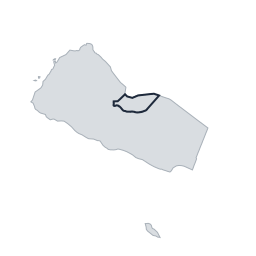 location of Zamakh wa Manwokh, Hadramawt, Yemen, rotated 46°
{"feature_id": "15242507B25520584620075", "entity_name": "Zamakh wa Manwokh", "entity_type": "district", "adm_level": 2, "iso_a3": "YEM", "parent_name": "Yemen", "parent_adm1": "Hadramawt", "projection": "albers", "projection_center": [47.768, 17.17], "detail": "fine", "context": "in_parent", "style": "outline", "palette": "slate", "viewbox_px": 256, "rotation_deg": 46, "n_neighbors": 0, "source": "geoboundaries", "source_scale": "gbopen_adm2", "svg_char_len": 5952}
<svg xmlns="http://www.w3.org/2000/svg" viewBox="0 0 256 256"><g transform="rotate(46 128 128)"><path d="M202.9,110.8L194.6,114.1L192.4,115.5L190.4,117.3L188.9,119.4L188.0,123.2L188.9,126.6L188.8,128.4L186.7,129.6L184.7,130.6L182.4,131.9L181.1,132.3L180.0,133.4L178.7,134.1L174.0,136.1L168.9,137.7L160.7,139.6L157.6,141.6L154.7,142.9L150.3,143.4L144.3,145.3L141.0,146.8L136.9,149.2L136.0,150.0L135.2,151.7L134.0,153.3L131.5,155.8L129.6,157.1L128.3,157.1L125.9,157.8L123.0,158.0L118.1,157.1L116.9,157.7L115.9,158.7L112.1,160.4L108.3,163.8L105.5,164.7L101.0,165.8L97.8,167.2L95.7,167.7L93.0,168.0L87.9,167.8L83.1,168.3L78.7,169.2L76.6,171.0L74.1,173.9L70.2,175.0L69.3,176.0L68.1,178.2L65.5,178.7L63.2,179.0L60.9,178.0L56.5,180.5L54.8,180.9L52.3,181.0L50.5,181.5L49.2,181.3L47.6,180.3L44.2,179.0L41.7,179.7L41.5,177.3L37.6,169.8L38.6,163.3L38.6,162.4L37.8,159.5L35.5,156.8L35.6,153.5L34.9,151.1L34.3,148.6L34.5,147.9L34.5,147.4L33.4,143.5L33.0,142.8L32.9,142.0L33.3,141.4L33.3,140.7L32.7,139.5L32.0,137.3L28.7,135.4L29.5,133.8L30.1,134.4L31.0,134.9L31.2,133.9L31.2,133.1L29.9,128.1L32.1,121.6L31.6,115.7L34.8,113.4L35.6,112.7L36.1,112.1L36.8,110.8L37.8,110.4L38.2,109.0L38.2,108.3L37.6,107.6L37.1,106.0L37.4,103.9L37.5,103.0L37.9,101.4L39.0,100.8L39.3,100.4L38.5,99.3L38.6,98.7L40.4,97.1L41.2,96.6L42.4,96.1L43.3,96.1L44.4,96.5L45.3,97.0L46.2,97.8L47.2,98.8L48.7,99.2L49.7,99.2L50.6,99.6L51.3,99.4L52.1,98.9L53.4,99.0L54.6,98.4L57.9,98.2L61.0,98.4L64.4,98.0L67.7,98.1L71.0,98.2L71.7,98.2L72.5,98.6L75.3,100.1L77.4,100.4L81.7,100.9L86.3,101.4L90.2,101.8L93.6,101.4L96.4,101.2L97.2,101.2L98.0,102.2L99.7,104.5L101.2,106.7L104.0,106.8L105.8,106.0L107.8,104.8L109.0,103.9L110.4,100.4L111.3,98.1L113.3,95.5L115.1,93.4L117.3,90.5L118.6,88.9L121.1,85.8L123.4,84.6L128.0,82.2L132.5,79.9L135.4,78.3L137.8,77.6L142.0,77.0L146.9,76.3L151.8,75.5L157.0,74.7L162.7,73.8L166.7,73.2L171.8,72.4L176.0,71.7L179.7,71.1L183.5,70.5L184.3,72.2L185.1,73.9L185.8,75.6L186.6,77.3L187.4,79.1L188.2,80.8L188.9,82.5L189.7,84.2L190.5,85.9L191.2,87.6L192.0,89.4L192.8,91.1L193.6,92.8L194.3,94.5L195.1,96.2L195.9,97.9L196.6,99.6L197.8,100.1L198.6,101.7L199.7,104.0L200.7,106.3L201.8,108.5L202.9,110.8ZM216.3,180.0L217.3,180.2L218.9,179.5L223.5,179.3L229.0,181.0L228.0,181.6L227.4,182.3L225.0,183.0L222.7,184.6L215.7,185.5L213.6,185.2L211.9,183.8L208.7,182.0L209.9,180.8L210.2,180.2L210.6,179.7L212.4,178.8L214.1,178.8L216.3,180.0ZM30.4,157.4L30.1,157.7L29.8,157.6L28.8,156.7L30.0,155.7L30.6,156.7L30.4,157.4ZM27.6,134.2L27.1,134.6L27.0,133.9L27.4,132.4L27.9,132.0L28.3,133.1L28.0,133.7L27.6,134.2ZM29.7,162.0L28.6,162.5L29.4,161.1L30.2,160.9L30.4,160.9L29.7,162.0Z" fill="#d9dde1" stroke="#a8b0b8" stroke-width="1"/><path d="M98.9,119.8L99.2,120.1L99.4,120.3L99.5,120.4L99.6,120.5L99.8,120.7L99.9,120.8L100.0,120.8L100.2,121.0L100.3,121.1L100.5,121.2L100.6,121.3L100.8,121.5L101.0,121.7L101.0,121.8L101.2,122.1L101.3,122.2L101.4,122.3L101.5,122.4L101.5,122.5L101.8,122.7L102.1,122.7L102.3,122.7L102.5,122.6L102.7,122.4L102.8,122.3L102.9,122.2L103.1,121.9L103.2,121.7L103.3,121.6L103.4,121.3L103.4,121.2L103.5,121.1L103.5,120.9L103.6,120.6L103.8,120.4L104.0,120.2L104.3,120.0L104.6,119.9L104.8,119.8L105.0,119.7L105.3,119.5L105.6,119.5L105.6,119.4L105.8,119.4L106.0,119.3L106.3,119.2L106.6,119.2L106.8,119.2L107.0,119.1L107.3,119.1L107.5,119.1L107.9,119.1L108.0,119.1L108.3,119.1L108.6,119.1L108.9,119.1L109.0,119.1L109.3,119.2L109.5,119.2L109.8,119.2L110.0,119.2L110.3,119.2L110.4,119.3L110.5,119.3L110.8,119.3L111.0,119.3L111.3,119.3L111.5,119.3L111.8,119.3L112.0,119.3L112.3,119.2L112.5,119.2L112.8,119.0L113.0,118.9L113.3,118.7L113.5,118.5L113.6,118.4L113.8,118.2L114.1,118.1L114.3,118.0L114.5,117.9L114.9,117.8L115.0,117.7L115.3,117.5L115.4,117.4L115.5,117.4L115.7,117.2L115.8,117.1L116.0,116.9L116.2,116.7L116.3,116.6L116.5,116.4L116.7,116.2L116.8,116.1L117.0,115.9L117.2,115.7L117.3,115.6L117.5,115.4L117.7,115.2L117.8,115.2L118.0,115.0L118.0,114.8L118.1,114.7L118.3,114.4L118.5,114.2L118.7,113.9L118.8,113.9L118.9,113.7L119.0,113.7L119.3,113.4L119.5,113.3L119.6,113.2L119.8,113.0L119.9,112.9L120.0,112.8L120.1,112.7L120.3,112.6L120.5,112.5L120.6,112.4L120.8,112.3L120.8,112.2L121.0,112.1L121.4,111.9L121.5,111.9L121.7,111.7L121.8,111.6L122.0,111.5L122.2,111.4L122.3,111.4L122.5,111.2L122.8,110.9L123.0,110.7L123.3,110.5L123.3,110.4L123.5,110.2L123.8,109.9L124.0,109.7L124.2,109.4L124.3,109.3L124.4,109.2L124.5,109.1L124.6,108.8L124.7,108.7L124.8,108.6L125.0,108.4L125.0,108.2L125.3,107.9L125.4,107.7L125.5,107.6L125.7,107.3L125.7,107.2L125.8,107.1L125.9,106.9L126.0,106.9L126.1,106.6L126.2,106.4L126.3,106.3L126.3,106.2L126.4,105.9L126.5,105.8L126.5,105.7L126.7,105.3L126.8,105.2L126.9,104.9L126.9,104.7L127.0,104.6L127.1,104.4L127.2,104.1L127.3,103.9L127.4,103.7L127.5,103.5L127.6,103.4L127.6,103.2L127.7,102.9L127.7,102.7L127.8,102.6L127.8,102.4L127.8,102.2L127.8,101.9L127.8,101.6L127.8,101.4L127.7,101.3L127.6,100.1L127.3,96.2L127.2,94.9L126.5,86.1L126.2,83.1L125.8,83.3L125.5,83.4L125.1,83.6L124.7,83.8L124.3,84.0L123.9,84.2L123.6,84.4L123.2,84.6L122.9,84.8L122.4,85.0L122.0,85.2L121.6,85.4L121.3,85.6L121.0,86.0L120.7,86.3L120.5,86.7L120.1,87.1L119.9,87.3L119.7,87.7L119.4,88.0L119.1,88.4L118.8,88.7L118.6,89.1L118.3,89.4L118.0,89.8L117.8,90.1L117.5,90.5L117.2,90.8L117.0,91.1L116.7,91.5L116.4,91.8L116.2,92.2L115.9,92.5L115.6,92.9L115.4,93.2L115.1,93.6L114.8,93.9L114.6,94.3L114.3,94.6L114.0,95.0L113.8,95.3L113.5,95.6L113.2,96.0L113.0,96.3L112.7,96.7L112.4,97.0L112.2,97.4L111.9,97.7L111.6,98.1L111.3,98.9L111.0,99.7L110.8,100.1L110.5,101.0L110.2,101.8L110.0,102.2L109.7,103.0L109.4,103.9L109.1,104.1L108.7,104.3L108.4,104.5L108.1,104.7L107.7,104.9L107.4,105.1L107.0,105.3L106.7,105.5L106.4,105.7L106.0,105.9L105.7,106.1L105.4,106.3L105.0,106.5L104.7,106.7L103.9,106.7L103.2,106.7L102.8,106.7L102.4,106.7L101.7,106.7L101.7,106.8L101.7,108.8L101.7,109.4L101.7,110.4L101.7,111.4L101.7,113.5L101.6,116.8L98.9,119.8Z" fill="none" stroke="#1e293b" stroke-width="2"/></g></svg>